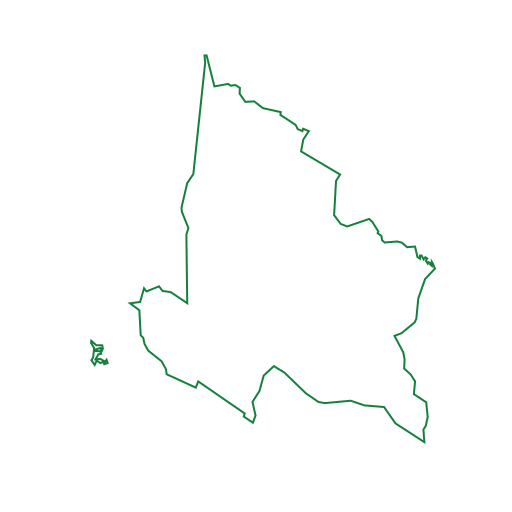 outline of Galway City Central Lea-6, Galway, Ireland, rotated 83°
{"feature_id": "5873133B36266904868513", "entity_name": "Galway City Central Lea-6", "entity_type": "district", "adm_level": 2, "iso_a3": "IRL", "parent_name": "Ireland", "parent_adm1": "Galway", "projection": "equal_earth", "projection_center": [-9.064, 53.286], "detail": "fine", "context": "isolated", "style": "outline", "palette": "green", "viewbox_px": 512, "rotation_deg": 83, "n_neighbors": 0, "source": "geoboundaries", "source_scale": "gbopen_adm2", "svg_char_len": 1795}
<svg xmlns="http://www.w3.org/2000/svg" viewBox="0 0 512 512"><g transform="rotate(83 256 256)"><path d="M461.3,111.6L448.7,111.0L445.3,108.2L436.7,105.2L421.9,104.9L412.4,116.1L399.8,113.4L392.5,116.9L385.7,122.7L376.9,121.1L369.4,121.6L352.2,128.3L350.3,120.9L341.3,106.7L337.8,104.5L317.9,100.1L299.5,91.0L290.3,79.9L285.1,81.4L283.3,82.2L287.2,82.7L285.5,84.1L284.8,83.1L283.1,85.6L284.5,86.4L281.4,88.0L279.3,86.4L277.9,88.1L279.8,90.1L275.7,91.6L275.6,93.2L278.7,93.5L276.7,95.9L266.0,97.0L265.7,104.9L260.5,109.6L258.8,114.1L258.3,126.6L255.6,129.0L251.5,129.0L248.1,132.5L246.6,131.6L236.4,136.3L233.0,139.2L237.8,161.9L234.5,168.0L225.0,173.5L191.2,167.4L185.4,162.6L157.7,198.5L146.2,194.9L138.5,188.4L135.4,193.7L137.7,194.7L135.2,199.1L130.7,200.7L118.9,214.6L116.2,213.9L110.1,231.1L102.3,239.0L101.7,247.8L92.9,252.5L87.2,251.5L83.8,255.6L83.9,260.3L81.8,262.7L82.6,276.6L50.9,280.6L50.7,282.7L58.0,282.9L167.0,308.2L175.3,315.4L198.8,324.0L203.0,324.2L220.0,319.7L226.3,322.5L294.5,330.0L281.5,345.0L279.3,353.0L274.3,356.0L277.8,369.0L274.4,371.1L287.5,376.6L287.6,386.8L295.6,378.4L320.5,380.1L323.5,377.9L329.5,377.4L336.7,374.6L349.0,362.5L357.5,359.1L362.5,359.1L379.3,331.8L373.5,328.7L374.9,327.0L410.9,286.4L413.9,287.7L421.1,279.4L414.2,275.9L400.4,277.3L390.4,269.0L375.6,262.9L367.5,251.7L375.1,242.1L398.5,223.1L408.5,211.8L410.4,205.6L411.2,179.6L417.5,166.6L421.5,147.3L439.1,138.0L461.3,111.6ZM339.3,422.9L339.0,427.9L334.3,424.4L334.2,421.7L331.6,422.1L330.8,426.6L329.3,426.7L328.3,421.6L331.7,420.8L329.4,419.3L325.9,419.5L325.1,425.4L320.1,429.8L322.0,430.3L327.7,427.9L336.9,430.0L339.4,432.1L344.5,429.4L340.5,427.0L343.3,423.3L342.3,420.3L344.9,419.8L344.2,416.3L340.8,417.0L342.5,418.6L339.3,422.9Z" fill="none" stroke="#15803d" stroke-width="2"/></g></svg>